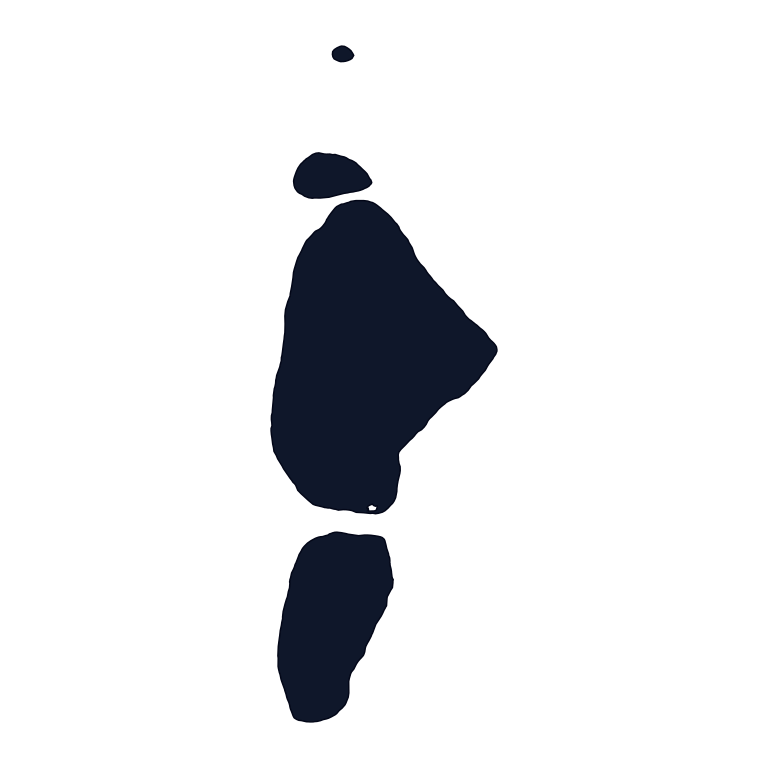 Male', Maldives
{"feature_id": "70690204B31972615950169", "entity_name": "Male'", "entity_type": "district", "adm_level": 2, "iso_a3": "MDV", "parent_name": "Maldives", "parent_adm1": "", "projection": "orthographic", "projection_center": [73.47, 4.391], "detail": "fine", "context": "isolated", "style": "filled", "palette": "ink", "viewbox_px": 768, "rotation_deg": 0, "n_neighbors": 0, "source": "geoboundaries", "source_scale": "gbopen_adm2", "svg_char_len": 6089}
<svg xmlns="http://www.w3.org/2000/svg" viewBox="0 0 768 768"><path d="M495.6,354.4L496.9,351.1L496.9,349.6L496.4,346.9L495.6,345.5L494.0,343.4L492.2,341.6L490.9,340.5L488.7,338.1L485.8,333.4L484.3,331.7L482.5,330.0L479.5,327.7L477.1,325.4L474.9,323.8L471.1,320.7L469.0,319.3L467.2,317.5L465.2,315.3L462.7,311.1L457.6,305.8L453.6,300.9L450.6,298.9L447.9,296.6L445.3,293.8L442.8,290.0L438.0,285.5L435.6,282.6L433.2,280.3L431.7,278.1L429.9,275.8L428.5,274.3L426.8,272.0L425.7,270.1L424.0,267.7L420.2,263.9L417.1,259.7L415.7,257.2L414.7,255.2L413.9,253.1L412.6,249.1L412.0,247.5L409.0,242.7L407.7,239.6L405.2,236.7L403.3,234.7L401.9,232.8L400.3,230.6L399.3,228.6L398.9,227.1L396.8,224.0L395.1,222.5L391.1,217.5L387.7,214.1L382.2,209.6L380.7,208.2L377.3,205.5L375.0,203.9L372.6,202.6L370.6,202.1L367.8,201.1L363.6,200.6L356.0,200.6L350.8,201.4L348.8,202.4L347.0,202.8L343.4,204.0L341.3,204.2L336.7,206.6L335.0,208.2L331.4,212.7L328.7,216.4L327.8,218.0L326.6,219.7L326.1,221.2L324.9,223.3L322.5,226.4L320.8,228.1L319.2,229.4L315.5,231.2L314.2,232.4L312.0,235.0L308.9,238.3L306.7,240.4L305.5,242.4L302.4,248.7L301.7,250.5L299.2,255.3L298.0,257.4L296.7,261.2L294.3,269.2L293.5,272.5L293.0,278.0L291.7,286.6L290.3,293.5L290.1,295.9L287.8,301.6L285.5,309.6L285.4,310.6L284.9,316.0L285.1,323.8L284.9,332.6L284.4,335.9L284.1,339.2L283.5,343.4L282.4,352.3L281.9,355.7L281.4,357.5L281.3,360.9L280.3,364.4L279.8,366.9L276.7,375.4L276.3,378.1L275.8,380.1L275.6,383.4L275.0,386.5L274.3,388.7L273.9,391.8L273.4,395.4L273.5,397.7L272.4,409.9L272.3,412.6L271.5,415.6L271.4,417.8L271.4,419.7L271.8,422.8L272.0,425.8L271.1,428.4L271.1,430.9L271.4,434.4L271.9,437.5L272.7,444.0L273.5,447.7L274.0,451.4L276.3,455.4L277.7,458.8L282.1,465.9L283.6,468.8L290.2,478.4L291.5,480.0L293.1,482.4L294.5,483.6L295.7,485.2L297.8,490.3L299.1,491.6L301.0,493.6L308.3,500.3L313.1,504.3L315.5,505.2L321.9,506.7L325.0,507.6L325.8,507.6L328.1,508.0L330.1,508.0L332.1,508.6L334.1,509.1L335.4,509.2L338.3,510.1L343.3,509.6L346.4,509.7L349.7,510.1L352.0,510.6L356.2,512.3L363.5,512.7L370.3,513.4L372.7,513.2L375.5,513.7L378.7,513.2L382.5,512.1L385.0,510.7L388.0,508.1L390.5,505.3L392.5,503.4L394.1,501.0L395.6,497.7L396.8,491.5L396.9,488.3L397.3,484.8L398.0,480.8L399.8,473.4L400.2,470.5L400.1,466.6L399.0,463.5L398.4,459.8L398.4,457.8L398.2,454.7L398.8,452.2L400.9,449.4L405.4,444.9L409.5,440.5L412.3,438.1L414.3,435.9L415.9,433.8L417.9,431.7L421.5,429.7L424.1,427.1L426.1,424.4L428.0,420.6L429.7,418.5L431.6,416.8L435.7,412.6L438.3,409.3L440.8,407.0L443.1,405.1L444.7,403.9L446.3,402.4L448.4,401.2L452.7,399.2L455.0,398.4L458.1,397.7L460.0,396.6L462.0,395.1L464.5,393.6L466.2,392.0L468.1,390.2L471.2,385.8L473.2,384.1L474.9,382.5L478.6,378.8L480.1,376.3L481.8,374.2L485.3,370.1L487.6,365.9L488.9,363.9L492.8,358.8L493.7,357.0L495.6,354.4ZM373.6,511.0L369.2,511.1L367.9,510.8L368.2,510.6L368.5,510.1L368.3,508.9L368.1,509.2L367.6,509.2L367.3,508.5L367.0,507.7L368.0,506.2L369.6,505.2L372.3,504.1L373.7,505.5L374.7,505.9L375.4,506.2L376.5,505.9L376.9,505.9L377.1,506.4L377.2,506.9L376.6,509.3L376.3,510.0L375.0,510.8L373.6,511.0ZM392.9,582.8L392.9,581.3L393.2,579.6L392.4,578.2L392.0,576.8L391.5,572.8L391.4,571.4L391.0,568.9L390.1,565.3L390.0,564.0L390.0,563.2L389.7,562.3L389.9,561.1L389.6,557.9L388.6,555.2L388.5,553.9L386.7,548.5L385.9,544.8L384.8,540.6L384.2,539.3L382.3,537.6L380.6,536.9L378.0,536.3L374.9,535.8L371.1,535.3L367.9,535.1L364.3,535.1L358.6,535.7L348.2,534.2L346.0,533.6L341.3,532.7L336.9,532.2L334.8,532.3L332.8,532.8L330.1,533.8L329.5,533.9L327.7,535.2L325.8,535.6L322.6,536.6L320.4,536.8L318.4,537.2L315.4,538.3L311.1,540.6L307.5,543.1L304.4,546.2L302.9,548.0L302.0,549.4L301.2,551.1L299.1,554.6L298.5,556.4L297.2,559.8L295.9,563.1L295.2,564.3L294.5,566.8L293.5,569.2L291.6,573.0L290.6,577.8L290.0,579.5L289.8,581.2L289.6,581.9L289.9,583.2L289.5,588.0L288.4,591.5L287.4,596.9L286.4,599.5L285.0,604.2L283.2,611.4L282.6,616.7L282.6,618.8L281.8,622.4L281.4,625.4L280.3,630.5L279.7,636.0L279.5,637.1L278.3,646.3L277.9,655.9L278.2,658.0L278.2,659.1L278.1,666.4L278.5,668.8L279.4,672.6L280.1,674.6L281.0,679.1L281.8,681.6L284.6,689.3L284.9,690.7L285.9,693.6L286.4,695.5L286.7,696.9L287.3,698.9L288.9,702.5L289.6,704.9L290.1,707.6L290.6,709.3L291.6,711.7L293.1,715.8L294.1,717.7L295.3,718.6L297.1,719.6L298.9,720.3L301.5,720.6L306.3,721.7L310.9,721.9L313.6,721.8L314.4,721.6L317.1,721.4L320.5,720.6L323.1,719.6L326.6,718.8L328.7,718.1L331.4,716.8L335.2,714.7L336.7,713.5L339.1,710.6L342.1,708.1L344.9,704.9L345.9,703.0L348.2,697.2L348.8,693.0L348.7,681.4L349.3,678.4L350.6,673.8L351.2,672.5L351.6,671.8L353.8,669.1L356.3,664.1L357.2,662.7L358.2,661.2L360.1,659.0L361.3,657.8L363.2,655.6L363.7,654.7L364.7,651.9L365.3,648.0L365.8,646.3L367.3,643.3L369.0,640.4L371.1,636.3L371.7,634.6L372.6,632.9L375.3,625.6L375.9,624.1L381.1,616.2L382.6,613.3L384.2,609.8L385.1,608.3L385.7,607.0L386.5,605.8L387.0,598.3L387.3,596.6L388.1,595.2L388.7,594.0L390.7,590.2L392.4,587.6L392.9,582.8ZM371.5,181.8L370.8,179.9L369.8,178.8L369.5,178.4L367.1,173.9L365.5,172.1L362.1,168.9L360.2,167.0L357.9,165.0L356.0,163.0L353.8,161.6L351.7,160.5L349.1,159.6L346.4,157.9L344.4,157.0L340.7,156.2L335.1,154.5L332.6,154.7L329.9,154.1L326.3,154.2L324.1,154.0L318.9,152.9L316.0,153.2L314.1,153.9L312.4,154.6L309.5,156.8L307.8,158.0L306.2,158.9L305.3,159.9L304.2,160.7L302.2,162.8L301.3,163.5L300.2,164.8L298.0,168.1L296.5,171.3L295.5,174.0L294.4,177.2L293.9,179.1L293.6,181.1L294.1,185.4L294.9,187.9L295.4,188.8L297.4,191.6L298.2,192.3L299.6,193.3L301.8,194.2L304.5,196.1L308.7,197.7L312.3,198.2L314.5,197.9L320.3,198.0L322.4,197.8L329.0,197.2L336.6,195.2L344.2,193.3L347.7,192.8L350.1,192.2L353.0,191.9L355.6,191.3L358.3,190.8L360.4,190.2L362.9,189.3L364.8,188.3L366.6,187.6L368.9,186.2L369.8,185.1L370.9,184.1L371.7,182.7L371.5,181.8ZM353.7,55.4L352.8,53.6L351.0,50.8L349.2,49.2L347.0,47.7L344.5,46.4L341.6,46.1L340.0,46.5L337.1,47.8L334.3,49.6L332.7,51.6L332.4,54.3L332.9,56.8L334.1,58.8L335.7,59.7L338.6,61.0L340.5,61.6L343.5,61.5L345.6,61.2L348.0,60.5L350.3,59.5L352.0,58.4L353.7,55.4Z" fill="#0f172a" stroke="#020617" stroke-width="1.5"/></svg>